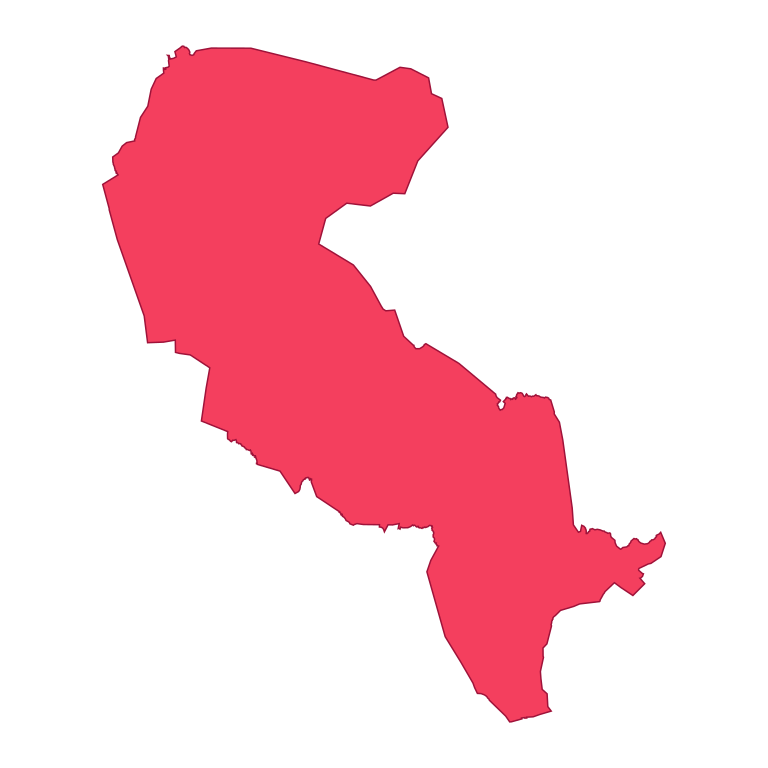 outline of Tynset nor, Hedmark, Norway
{"feature_id": "86288312B7297449616309", "entity_name": "Tynset nor", "entity_type": "district", "adm_level": 2, "iso_a3": "NOR", "parent_name": "Norway", "parent_adm1": "Hedmark", "projection": "albers", "projection_center": [10.663, 62.36], "detail": "fine", "context": "isolated", "style": "filled", "palette": "rose", "viewbox_px": 768, "rotation_deg": 0, "n_neighbors": 0, "source": "geoboundaries", "source_scale": "gbopen_adm2", "svg_char_len": 6082}
<svg xmlns="http://www.w3.org/2000/svg" viewBox="0 0 768 768"><path d="M417.8,160.9L448.0,127.3L441.8,98.5L431.5,93.7L428.6,77.9L410.8,68.8L400.0,67.3L376.0,80.1L373.9,80.1L305.4,61.7L250.9,48.2L211.2,48.1L196.3,50.8L194.1,53.6L193.8,54.7L192.0,55.4L189.8,54.6L189.8,54.2L189.4,53.5L189.8,52.6L189.7,51.7L188.6,49.5L186.9,47.9L185.9,47.3L184.5,47.5L183.9,46.3L182.6,46.1L181.4,46.6L181.1,47.2L174.9,51.6L176.3,56.9L173.6,58.3L170.2,59.0L170.0,58.0L169.5,57.3L169.2,55.5L167.7,55.4L168.4,56.1L168.6,58.3L168.9,58.9L168.5,60.7L169.2,66.2L168.1,67.2L165.7,67.7L165.7,69.3L164.4,69.4L164.1,68.0L163.4,68.0L163.5,70.7L163.8,73.1L156.2,78.5L151.2,89.2L147.8,106.2L140.5,117.4L135.5,137.0L135.6,137.9L134.6,139.4L134.7,140.9L126.6,142.6L122.2,146.1L118.4,152.9L112.7,157.0L112.9,162.2L113.2,162.5L113.3,164.3L114.5,166.9L114.6,168.0L115.1,169.2L115.0,169.7L115.2,170.6L116.3,171.2L116.1,171.7L116.6,172.5L116.1,172.5L116.3,173.3L116.8,173.3L118.1,174.9L102.7,184.4L109.2,208.6L109.2,209.8L117.3,239.6L144.2,315.9L147.6,342.7L163.6,342.1L175.3,340.1L175.5,352.4L179.5,353.4L190.2,354.9L209.8,367.8L206.2,387.9L201.4,421.0L227.7,431.6L227.5,434.4L227.6,438.7L228.4,439.5L229.2,439.6L230.6,441.3L231.5,441.7L232.8,440.2L233.9,440.4L235.9,439.6L236.6,441.3L236.4,441.9L236.6,442.6L237.8,442.7L238.9,443.8L239.4,443.5L240.7,443.7L241.0,444.6L241.7,445.0L241.8,445.8L244.3,446.9L244.6,447.7L245.9,448.5L246.3,449.6L247.7,449.6L249.5,450.5L250.4,450.0L251.0,451.4L251.2,453.9L251.8,454.1L252.4,453.5L252.6,454.3L253.1,454.6L252.7,455.3L253.5,455.7L255.3,455.8L255.2,456.4L255.5,456.7L254.8,457.2L256.2,458.2L256.3,459.1L256.8,460.1L257.0,462.1L257.0,462.9L256.5,463.1L256.5,463.5L257.2,463.4L257.3,464.4L280.0,471.1L295.0,493.5L298.5,491.6L299.1,490.8L299.8,489.4L300.2,487.4L300.3,485.5L301.2,484.2L301.5,482.6L302.0,481.5L302.9,480.8L303.4,479.7L304.7,479.2L304.7,478.7L305.5,478.1L305.7,478.4L306.0,477.8L307.8,477.4L308.5,477.5L308.6,477.8L308.5,478.0L309.3,478.4L309.3,479.7L309.7,480.1L310.3,479.6L310.6,478.7L311.6,479.2L311.2,479.9L311.6,480.7L311.3,481.2L311.3,482.0L316.7,496.6L339.7,511.9L339.3,512.3L340.5,513.1L340.9,513.8L340.9,514.6L341.3,514.6L341.6,514.1L342.2,514.3L342.2,514.7L341.6,515.1L342.6,515.8L342.5,516.3L344.1,517.3L345.3,518.8L346.1,520.5L348.7,521.9L349.4,522.6L349.9,523.8L353.4,525.2L354.1,524.6L356.9,523.6L363.3,524.5L379.5,524.7L379.4,527.0L381.1,527.2L382.6,528.0L383.6,529.4L384.4,531.8L388.1,524.8L392.5,524.9L399.2,523.6L398.2,528.5L398.7,528.3L400.0,529.1L400.6,527.2L403.0,527.8L407.9,527.7L410.7,526.5L412.5,525.0L413.4,525.7L413.9,525.2L414.7,525.2L416.5,526.9L418.0,526.3L418.3,526.4L418.2,527.2L419.3,527.9L419.9,527.6L422.0,528.4L423.0,527.4L423.6,527.8L424.9,527.0L425.6,527.5L428.0,526.6L429.5,525.4L431.2,525.6L431.4,526.1L432.0,525.9L432.2,526.3L431.9,526.7L432.3,527.2L432.0,527.3L432.0,528.3L431.8,528.4L432.2,529.6L432.0,530.1L433.4,531.4L433.3,531.9L433.7,532.4L433.7,533.9L433.2,534.5L433.3,535.3L433.1,535.8L433.2,536.2L433.2,537.0L433.9,537.5L434.6,539.0L434.0,541.5L434.8,542.1L434.9,542.7L435.4,543.1L436.3,543.1L436.1,544.2L437.2,545.2L437.0,545.7L438.6,546.1L430.8,560.4L426.9,571.8L445.2,636.7L460.7,661.9L473.0,683.1L474.6,687.6L477.4,693.4L481.1,693.6L484.5,694.9L486.8,696.5L487.5,697.8L489.0,699.2L489.4,700.3L505.7,716.1L509.7,721.9L511.4,721.8L521.8,718.9L521.5,718.1L521.8,718.0L524.4,717.6L524.7,718.1L526.7,718.0L526.5,717.2L533.2,716.8L540.0,714.4L551.2,711.1L547.8,706.6L547.1,693.8L542.2,689.4L540.9,678.5L540.4,671.5L543.5,657.2L543.1,656.4L543.0,648.0L546.9,643.9L551.5,625.9L551.1,624.6L551.7,622.7L551.6,622.1L551.8,621.0L552.2,620.6L552.4,619.5L553.0,619.0L552.8,618.1L553.7,616.8L555.4,615.5L560.5,610.4L574.0,606.3L579.7,603.9L599.5,601.6L600.0,601.1L600.2,599.8L602.0,596.7L602.1,596.2L602.6,595.7L603.0,594.6L604.3,593.0L605.0,591.6L614.4,582.7L621.0,587.6L632.9,595.5L644.7,583.7L639.9,578.2L640.7,578.0L642.5,576.4L643.4,573.8L642.4,573.5L638.7,570.3L638.6,569.2L639.0,568.4L648.4,563.9L650.9,563.4L661.0,556.6L665.3,543.3L660.7,532.3L659.0,534.1L656.4,535.3L656.2,535.8L656.5,536.6L655.2,537.9L654.8,538.8L653.1,539.8L651.6,539.9L651.0,540.8L649.9,541.4L649.2,542.6L647.5,543.7L644.3,544.1L640.7,543.0L638.7,541.4L638.1,539.9L637.4,539.8L636.6,538.7L635.1,539.0L634.0,538.5L631.0,541.1L630.7,542.4L629.2,544.0L628.7,545.8L627.9,545.8L626.8,546.9L622.8,547.5L621.3,548.9L620.5,549.2L616.6,546.2L615.1,542.7L614.9,540.3L611.3,537.3L610.7,535.9L610.5,533.7L609.8,532.9L607.7,533.3L606.9,532.6L605.2,532.1L604.1,531.0L603.0,531.1L600.2,529.9L597.3,529.3L594.9,529.8L592.3,528.6L591.2,529.1L590.2,529.1L589.9,529.5L589.9,530.3L589.6,531.3L588.7,531.5L588.0,532.8L587.0,533.6L586.2,533.5L586.2,532.8L586.4,532.1L586.1,531.0L586.2,530.5L585.9,529.4L585.4,528.9L585.5,528.2L583.9,526.3L581.7,525.3L580.5,531.4L578.4,532.2L578.0,531.6L573.4,524.9L572.2,508.0L562.8,440.1L559.4,422.2L554.2,413.9L554.3,411.9L550.7,400.0L549.3,399.5L548.7,398.2L547.6,397.5L545.5,397.1L544.4,398.0L543.6,397.5L540.6,397.1L539.0,396.0L536.4,395.6L535.9,394.7L533.7,396.3L532.6,396.1L531.5,396.7L529.9,396.0L528.4,396.2L526.5,393.9L525.9,394.6L525.7,395.8L524.5,396.6L523.9,396.3L522.2,393.4L521.5,393.0L520.3,392.7L519.0,393.2L518.0,392.7L516.6,394.9L516.5,395.9L516.0,396.5L516.6,397.1L516.8,397.7L515.7,398.4L515.6,398.6L515.8,398.9L515.6,399.2L515.3,399.0L515.2,398.0L514.1,397.8L513.1,398.2L512.8,398.5L512.9,398.9L512.5,399.3L511.6,398.9L510.8,399.6L510.1,398.5L509.0,398.4L507.5,397.3L506.4,397.4L506.3,397.9L506.4,398.4L505.8,398.6L505.8,399.0L503.3,401.6L505.2,403.3L503.8,407.9L502.1,409.6L501.3,409.5L500.2,410.2L498.7,408.1L498.5,406.5L497.6,405.7L497.4,405.3L497.7,405.0L497.3,403.9L498.4,403.0L498.8,401.9L499.6,401.9L500.5,400.2L497.2,397.7L496.3,396.4L495.7,394.7L495.7,394.2L458.9,363.4L425.9,343.7L424.3,344.6L424.0,345.5L422.7,346.8L419.6,348.7L415.8,348.7L414.1,346.7L413.9,345.3L413.2,345.1L403.7,336.3L394.7,310.1L385.8,310.8L383.1,309.1L381.1,305.9L370.6,286.5L353.4,265.0L318.7,244.0L325.7,218.4L346.7,203.2L370.4,206.0L393.2,193.2L404.8,193.7L417.8,160.9Z" fill="#f43f5e" stroke="#9f1239" stroke-width="1.5"/></svg>